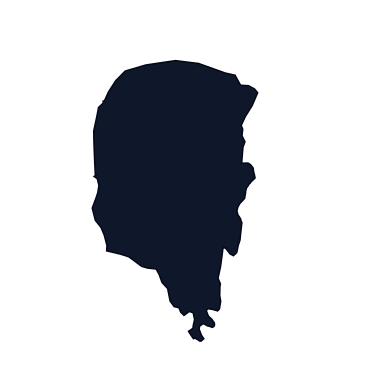 outline of Tukpahblee, Bong, Liberia, rotated 334°
{"feature_id": "62588387B55119976119769", "entity_name": "Tukpahblee", "entity_type": "district", "adm_level": 2, "iso_a3": "LBR", "parent_name": "Liberia", "parent_adm1": "Bong", "projection": "equal_earth", "projection_center": [-9.416, 6.618], "detail": "fine", "context": "isolated", "style": "filled", "palette": "ink", "viewbox_px": 384, "rotation_deg": 334, "n_neighbors": 0, "source": "geoboundaries", "source_scale": "gbopen_adm2", "svg_char_len": 2245}
<svg xmlns="http://www.w3.org/2000/svg" viewBox="0 0 384 384"><g transform="rotate(334 192 192)"><path d="M275.6,100.9L273.9,99.5L265.8,91.2L254.2,79.3L246.3,74.2L237.9,68.7L234.8,66.7L227.4,64.3L206.2,57.6L185.0,54.0L180.5,55.6L180.3,55.7L172.4,58.4L160.6,65.6L153.5,71.5L151.8,71.4L151.4,73.1L145.1,75.0L140.1,81.7L130.4,94.1L124.7,106.4L124.3,107.4L124.0,108.1L123.3,109.6L117.0,123.9L112.5,134.5L112.9,134.9L112.3,134.9L110.8,135.1L112.7,138.5L111.2,145.3L107.1,151.2L105.1,153.3L102.4,156.0L97.2,160.9L95.3,162.7L92.7,175.0L94.7,184.1L94.2,192.5L92.1,202.8L89.5,207.5L100.1,216.2L105.2,221.0L106.3,222.1L106.8,222.6L114.2,236.8L118.6,240.8L119.2,241.2L126.0,245.5L126.3,251.9L125.4,260.2L126.6,264.2L127.8,268.1L124.5,280.4L125.7,287.2L128.9,289.8L129.5,290.3L129.2,295.1L130.7,299.4L137.2,298.2L140.1,301.0L138.4,307.8L134.6,312.5L133.1,314.9L127.8,315.7L128.2,319.4L129.0,324.5L130.5,324.5L132.3,327.1L133.6,329.4L134.7,330.0L138.3,329.1L137.7,324.7L138.3,318.3L140.1,315.9L144.4,315.2L146.4,317.9L147.2,319.1L149.4,320.9L150.7,322.5L152.8,322.5L154.1,321.2L154.7,319.4L154.0,315.0L153.9,314.7L152.3,310.7L152.5,308.6L152.8,304.9L155.2,303.8L157.5,305.6L158.2,305.8L160.1,307.6L161.7,309.0L162.9,310.1L165.4,309.1L168.6,304.6L169.8,303.0L171.6,297.0L174.2,292.1L175.4,289.7L177.3,286.9L177.3,285.9L177.6,280.9L184.7,271.9L185.2,271.2L191.7,261.5L195.2,256.0L197.5,256.8L197.9,258.9L199.0,263.8L199.0,264.3L200.9,266.8L201.3,267.4L202.6,267.0L205.6,266.1L207.2,264.1L208.7,262.1L210.0,260.4L214.1,256.2L216.5,252.3L218.2,249.6L222.7,242.5L222.9,242.2L223.4,241.4L223.4,239.5L223.9,237.5L223.3,232.7L223.3,232.3L223.4,231.9L224.0,228.9L226.0,226.3L226.5,225.7L229.4,223.7L230.0,223.3L236.5,220.8L239.3,216.9L240.4,215.3L241.0,214.0L241.6,213.6L242.5,212.4L245.2,211.0L246.6,210.0L247.1,209.7L247.7,209.8L249.7,208.7L254.8,207.1L255.9,203.0L255.9,202.0L256.7,199.6L256.8,199.2L257.5,197.3L257.0,195.0L256.9,194.4L256.5,192.9L255.0,190.5L249.7,188.1L249.3,187.9L252.5,182.4L257.5,174.0L261.6,170.1L261.6,163.3L265.1,157.8L265.4,153.8L266.1,153.2L273.1,147.5L284.0,140.7L285.0,139.8L294.5,131.6L294.2,130.2L293.4,126.9L289.5,121.3L282.5,117.3L282.4,116.5L281.9,105.9L275.6,100.9Z" fill="#0f172a" stroke="#020617" stroke-width="1.5"/></g></svg>